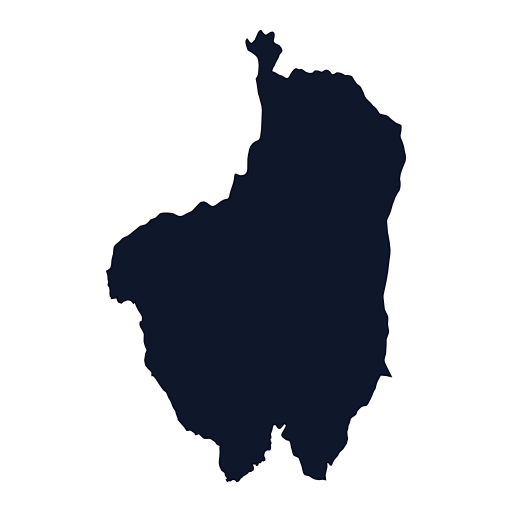 outline of Hispania, Antioquia, Colombia
{"feature_id": "7082276B53614858189093", "entity_name": "Hispania", "entity_type": "district", "adm_level": 2, "iso_a3": "COL", "parent_name": "Colombia", "parent_adm1": "Antioquia", "projection": "equal_earth", "projection_center": [-75.91, 5.802], "detail": "fine", "context": "isolated", "style": "filled", "palette": "ink", "viewbox_px": 512, "rotation_deg": 0, "n_neighbors": 0, "source": "geoboundaries", "source_scale": "gbopen_adm2", "svg_char_len": 6026}
<svg xmlns="http://www.w3.org/2000/svg" viewBox="0 0 512 512"><path d="M391.0,376.4L385.5,365.4L384.3,362.6L383.9,360.8L383.9,359.3L384.5,356.5L385.1,354.7L385.4,352.9L385.9,344.3L385.9,339.4L388.3,332.4L388.4,331.2L387.3,324.7L387.6,318.3L387.4,316.6L386.7,314.7L385.4,312.3L384.2,309.5L383.9,307.7L382.8,297.4L382.9,294.9L385.9,280.7L387.4,272.0L388.9,259.2L389.6,254.4L389.8,249.7L388.9,241.6L387.2,232.1L386.3,221.1L386.6,219.2L389.1,214.1L390.5,210.2L392.1,204.3L394.8,197.2L397.0,193.0L398.8,190.4L399.5,188.3L399.9,185.4L399.9,182.5L399.3,178.7L400.0,174.2L401.2,170.1L404.9,161.0L405.2,158.6L405.1,155.2L404.3,152.0L403.4,146.8L402.1,142.6L400.1,137.8L399.8,135.4L400.7,130.7L400.9,126.5L400.7,125.6L400.1,125.2L395.6,123.3L390.8,119.6L388.1,117.0L386.2,115.9L380.4,114.6L379.0,113.7L375.7,108.8L373.6,106.8L372.7,106.3L370.0,103.0L366.1,99.3L364.3,96.6L363.0,92.9L360.5,87.8L359.7,86.6L356.7,84.5L353.7,80.4L352.2,77.7L351.5,76.8L350.6,76.3L347.8,75.7L344.9,75.9L343.5,74.9L340.5,73.5L338.1,73.1L336.7,73.1L334.5,74.6L333.4,74.9L332.6,74.9L331.7,74.6L331.0,74.0L329.4,71.9L328.0,70.9L327.4,70.6L326.5,70.5L325.4,70.5L322.3,72.3L321.3,72.5L318.2,71.3L315.3,71.1L314.6,71.4L313.7,72.6L312.9,73.2L310.9,73.7L309.2,73.6L305.9,72.7L301.7,69.7L301.1,69.6L298.7,70.1L296.6,69.0L296.0,69.0L295.4,69.1L294.6,69.7L292.8,71.6L290.8,74.7L290.0,76.5L288.3,78.5L286.8,78.9L284.7,78.1L281.9,76.3L279.1,75.5L274.8,72.9L271.4,71.6L271.8,69.9L272.8,67.2L274.1,65.2L275.3,62.4L277.9,57.6L279.1,54.4L281.5,51.3L281.7,50.2L280.9,48.2L279.1,45.8L275.5,44.1L274.2,43.2L273.4,42.2L273.0,41.1L273.1,40.0L273.8,37.1L274.0,35.2L273.8,33.6L273.4,32.9L272.4,32.3L270.5,32.7L266.7,35.2L265.6,35.4L264.5,35.0L262.5,33.0L261.0,30.8L260.6,30.7L259.6,31.4L258.6,32.7L255.3,40.2L252.4,43.2L251.7,43.6L251.1,43.6L249.6,42.8L247.1,39.3L246.2,40.8L246.1,42.1L246.6,44.7L248.0,49.2L248.4,50.0L251.4,51.7L254.1,53.5L256.7,55.7L258.0,57.5L258.9,60.3L259.4,65.3L258.8,74.0L258.0,76.4L256.5,78.6L256.5,79.2L257.5,84.7L258.7,93.6L259.7,96.4L262.1,105.7L262.6,110.4L261.8,129.3L260.9,136.2L260.3,138.6L259.3,140.2L257.9,141.1L255.9,141.8L253.0,143.9L250.8,146.8L249.8,149.7L248.7,154.8L248.1,159.3L248.0,169.2L247.3,172.4L246.0,174.2L244.7,175.2L243.2,175.7L240.3,176.0L238.9,175.6L236.1,174.4L235.5,174.4L235.2,174.9L234.5,179.9L233.7,183.4L230.6,192.8L229.8,196.7L228.9,198.5L228.0,199.3L224.2,200.2L221.0,201.9L215.7,205.8L213.1,206.8L211.6,206.6L210.0,205.9L206.8,203.4L204.1,202.1L201.3,202.5L199.9,203.5L192.2,211.6L186.8,214.1L182.7,216.3L180.5,216.8L178.2,216.5L172.5,213.8L168.3,213.3L163.8,213.3L161.1,213.7L159.9,214.3L157.2,217.1L155.6,218.4L150.9,220.1L148.3,223.0L145.9,225.0L140.3,226.5L129.9,235.0L127.2,236.8L124.6,237.7L122.4,239.1L120.1,241.6L116.0,245.0L114.6,246.7L114.1,248.9L113.7,254.1L112.8,257.2L112.2,260.2L111.9,264.2L111.3,267.2L110.5,268.7L108.1,270.6L106.8,271.2L108.1,275.5L108.3,279.7L108.9,281.4L108.9,282.5L108.3,284.7L108.3,285.2L109.8,287.2L110.3,290.8L110.1,292.9L110.4,295.8L110.7,296.5L111.4,297.1L111.7,297.9L111.6,298.4L116.8,297.6L117.1,298.0L117.3,299.0L118.3,301.3L118.9,302.1L121.4,302.9L123.1,301.3L127.3,299.6L129.4,299.8L131.5,300.7L133.5,303.1L134.7,302.0L135.1,301.9L136.5,305.6L138.4,309.5L139.3,311.0L140.7,313.0L142.4,316.0L142.7,318.2L142.5,320.6L142.1,321.4L140.3,322.2L140.1,324.2L140.8,326.8L142.7,330.0L144.3,333.2L144.5,334.5L144.3,340.1L144.4,342.0L145.6,346.2L147.0,349.4L147.2,350.5L147.0,351.4L145.9,353.5L145.6,354.6L145.6,356.2L144.9,360.1L145.2,362.0L145.9,365.2L148.5,368.5L150.0,369.8L152.1,372.2L152.1,375.4L152.7,375.3L153.7,375.8L155.7,377.9L161.0,386.0L163.8,389.8L166.4,391.8L166.8,392.3L169.0,397.6L170.9,400.6L173.3,406.7L174.2,408.4L175.0,409.4L175.9,410.8L176.7,414.2L178.4,418.5L178.3,419.4L178.5,419.8L184.9,427.2L186.8,430.2L188.2,430.2L189.0,429.8L190.1,429.9L191.4,430.3L195.0,432.9L195.4,433.6L195.6,434.5L196.5,434.4L198.3,433.6L199.1,433.6L200.1,434.3L203.1,437.3L204.2,438.1L207.8,438.2L208.8,438.0L210.7,438.3L215.7,441.7L216.3,442.9L217.3,444.2L219.3,445.1L220.4,445.3L220.1,448.0L220.3,452.3L220.1,455.8L219.7,459.7L219.5,463.0L219.8,464.8L220.2,466.5L221.7,469.8L222.4,470.6L224.4,471.9L225.3,473.1L225.6,475.4L227.6,478.1L227.7,478.9L226.5,479.7L227.4,481.2L228.5,480.5L230.5,480.7L232.2,479.3L233.0,479.2L235.3,479.6L236.8,481.3L238.4,480.8L239.3,479.7L240.1,478.3L241.6,477.3L243.0,475.7L244.5,475.0L247.1,473.3L248.4,471.7L248.7,471.4L250.7,471.3L252.9,469.9L253.2,468.4L253.0,466.5L252.1,465.1L252.0,464.6L252.5,463.8L254.6,463.8L255.8,463.0L256.1,463.3L256.2,464.7L256.5,465.2L257.2,465.2L258.0,463.9L258.0,463.2L258.5,462.1L260.0,462.6L260.5,462.3L261.6,460.4L262.4,460.3L263.3,460.7L264.3,460.3L264.7,459.9L264.6,458.6L263.6,456.3L263.5,454.4L264.3,452.1L264.9,450.9L266.8,449.8L267.6,449.6L269.5,449.8L270.0,449.3L270.3,448.3L270.4,447.1L270.1,445.4L270.2,444.6L270.8,443.4L270.8,442.8L269.8,440.2L269.8,439.2L269.9,438.7L270.7,437.8L270.8,437.2L270.2,434.8L270.2,433.9L271.7,429.8L272.2,427.1L273.2,424.6L273.8,424.3L276.1,424.6L277.7,427.2L278.6,428.0L279.4,428.2L280.0,428.1L281.6,426.7L283.6,423.9L284.9,423.5L286.3,424.6L286.5,425.4L286.4,426.1L286.1,427.0L282.0,434.5L281.9,435.0L282.2,435.7L282.7,436.6L286.3,439.5L289.0,440.1L290.3,441.3L291.0,443.2L291.5,446.8L292.3,449.2L293.2,453.3L294.2,455.1L298.0,456.9L299.1,457.6L299.6,458.6L302.2,466.1L303.8,472.7L304.4,473.7L304.9,474.3L306.0,474.8L309.3,475.5L313.4,478.1L315.3,478.9L318.9,479.4L322.7,479.0L325.4,479.5L324.9,475.0L326.7,467.0L326.6,463.1L326.9,462.3L327.9,462.2L328.6,462.5L329.2,463.1L330.3,464.8L331.3,464.9L332.3,462.3L334.2,459.1L337.2,455.7L339.2,452.0L342.6,448.9L346.2,443.3L347.3,438.7L346.7,434.0L346.6,431.5L347.6,428.4L347.6,426.6L349.5,421.5L350.0,418.9L350.9,417.6L354.5,415.1L355.5,414.3L356.2,412.8L356.7,411.0L358.9,408.5L360.9,406.6L362.9,405.7L365.7,405.3L366.5,404.9L367.3,404.0L370.1,398.8L372.7,392.8L373.4,390.7L374.4,389.5L375.1,388.0L375.6,385.4L376.5,382.5L377.7,379.9L380.4,374.9L386.2,375.3L391.0,376.4Z" fill="#0f172a" stroke="#020617" stroke-width="1.5"/></svg>